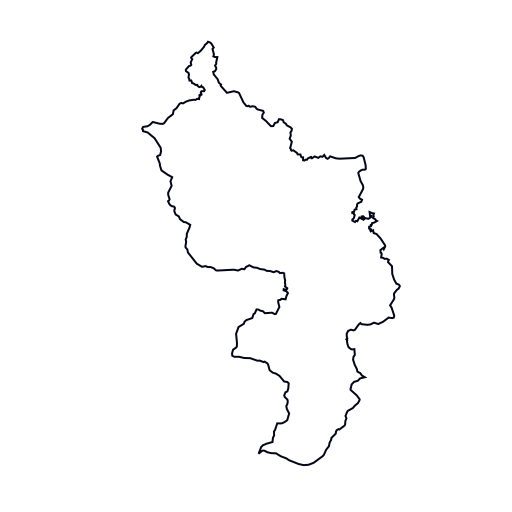 Dong Hy, Thái Nguyên, Vietnam (Mercator projection), rotated 200°
{"feature_id": "81297802B71869801036686", "entity_name": "Dong Hy", "entity_type": "district", "adm_level": 2, "iso_a3": "VNM", "parent_name": "Vietnam", "parent_adm1": "Thái Nguyên", "projection": "mercator", "projection_center": [105.922, 21.685], "detail": "fine", "context": "isolated", "style": "outline", "palette": "ink", "viewbox_px": 512, "rotation_deg": 200, "n_neighbors": 0, "source": "geoboundaries", "source_scale": "gbopen_adm2", "svg_char_len": 6141}
<svg xmlns="http://www.w3.org/2000/svg" viewBox="0 0 512 512"><g transform="rotate(200 256 256)"><path d="M118.3,121.5L114.8,126.9L114.6,127.9L115.6,131.7L115.5,134.4L117.2,136.3L117.0,141.2L116.4,142.3L113.0,146.2L111.8,149.4L109.9,152.6L109.4,155.8L109.6,156.8L113.5,159.4L121.2,162.5L121.6,163.0L122.2,168.0L120.8,171.3L117.7,173.5L116.3,176.6L112.3,179.3L115.5,179.9L118.0,181.6L121.1,182.0L122.8,184.5L126.0,187.5L129.3,191.7L129.9,194.7L129.3,196.9L131.7,202.1L133.7,201.1L135.1,201.0L137.9,202.0L139.8,204.3L141.5,207.2L141.5,208.2L142.6,208.7L142.0,209.8L143.3,211.6L144.2,214.1L143.8,217.0L143.2,217.7L141.6,219.2L138.8,219.5L137.8,220.5L136.1,226.6L135.0,228.7L133.6,228.0L127.9,229.4L125.1,230.8L122.3,233.7L117.8,233.9L114.1,237.7L110.3,243.5L106.8,244.2L105.5,245.1L105.5,246.4L105.9,247.5L110.9,253.8L113.1,255.5L111.5,262.9L111.8,264.3L113.3,267.2L113.4,268.2L112.1,272.3L110.8,274.2L110.5,276.7L111.1,277.5L112.1,278.0L114.6,278.0L118.2,281.1L121.8,285.7L124.7,292.9L129.8,295.4L130.1,296.6L129.8,297.7L132.1,298.2L134.2,297.3L135.7,297.7L137.9,297.4L138.5,300.6L139.1,301.6L140.1,301.8L141.1,304.1L139.1,307.2L138.2,306.2L137.8,309.0L138.4,310.2L144.8,315.0L150.3,317.9L153.3,317.8L154.7,320.2L156.6,318.4L157.3,319.2L156.8,319.8L156.9,320.4L159.1,320.5L159.7,322.2L158.2,323.2L158.1,323.7L158.7,324.5L157.9,325.1L158.1,326.7L156.6,327.6L154.3,330.3L155.6,330.5L156.4,331.3L158.9,331.7L159.4,332.2L158.9,333.4L159.7,334.4L159.7,336.3L161.5,336.0L164.3,336.2L162.5,332.6L161.5,333.1L161.3,332.7L161.4,331.6L163.1,329.4L166.8,328.9L168.7,330.0L169.2,329.9L170.3,329.2L170.1,328.1L167.0,327.5L167.4,326.8L172.0,327.5L172.7,323.3L174.0,323.3L174.6,321.8L177.6,322.2L177.9,323.3L177.0,324.9L177.2,328.2L178.3,328.7L178.9,329.8L180.2,329.3L180.5,329.9L180.5,330.3L179.0,331.0L179.2,333.3L177.6,334.3L178.3,335.7L178.0,337.0L178.6,338.9L178.5,340.1L175.6,343.0L175.6,345.2L177.9,345.4L179.6,346.5L178.3,355.5L178.7,357.3L179.8,359.1L183.3,362.1L188.3,369.0L188.0,370.5L186.3,372.8L185.1,373.7L183.2,374.3L182.6,375.4L184.1,378.9L188.6,385.6L190.1,386.7L191.9,386.4L193.9,384.9L195.8,382.6L196.9,381.8L210.5,376.1L214.2,375.1L220.4,375.0L221.1,373.0L222.0,371.8L223.8,372.1L226.4,374.3L227.4,372.0L229.6,371.6L231.1,369.5L235.0,369.6L236.8,367.0L237.3,366.8L238.1,367.9L238.6,367.6L240.7,365.3L241.0,363.9L242.3,363.5L243.3,362.2L244.5,362.1L245.5,364.8L246.5,364.4L247.4,364.6L249.0,366.6L251.6,365.7L252.6,366.8L257.1,368.1L258.6,367.1L259.1,367.3L260.2,368.8L260.8,369.0L261.4,375.6L264.5,377.7L264.5,381.1L265.9,383.9L265.4,385.6L265.8,387.9L267.6,388.7L271.6,389.3L273.4,390.6L275.7,391.1L277.1,392.9L279.6,392.9L281.2,392.4L281.4,389.1L283.7,387.5L284.2,384.0L286.4,383.1L292.6,386.2L297.5,387.9L298.3,391.0L297.7,393.4L298.9,394.8L304.7,394.3L305.7,394.5L307.7,395.9L308.7,395.9L310.5,395.5L312.6,394.2L314.2,394.7L314.8,394.0L316.4,393.7L320.4,396.1L327.6,403.3L328.8,403.6L333.1,403.3L339.1,399.4L347.1,403.7L347.6,404.2L347.5,405.2L350.0,406.0L352.6,409.1L357.7,412.1L359.2,414.4L357.8,415.6L357.3,417.9L357.7,419.2L359.6,420.9L359.1,423.0L359.6,424.2L360.4,429.7L362.7,428.9L364.3,429.0L364.5,431.1L367.7,435.7L367.0,437.4L370.7,440.4L372.2,440.9L374.4,440.9L374.9,439.0L376.1,437.1L376.5,434.4L378.2,429.8L380.0,426.7L381.5,426.8L382.1,426.2L384.8,420.7L384.8,420.1L383.2,419.2L383.6,415.6L382.2,413.5L382.6,412.5L383.9,411.6L385.5,407.7L385.6,406.7L384.9,405.7L382.1,405.0L381.1,403.8L380.5,400.5L379.5,399.8L378.5,398.1L376.9,398.8L375.1,396.6L373.8,396.8L371.3,396.1L369.7,396.7L369.1,395.9L367.1,395.3L366.0,396.0L365.5,397.1L365.0,396.4L363.4,396.5L360.9,394.4L361.2,393.1L363.4,392.3L363.8,391.7L363.8,390.9L362.4,389.0L363.0,388.2L363.4,389.0L364.2,387.7L363.4,386.3L363.6,384.9L363.2,384.0L365.1,383.5L366.2,382.0L367.8,381.6L372.0,379.3L374.5,377.2L376.8,374.4L378.5,374.3L379.9,372.9L381.3,367.6L383.2,364.7L382.6,360.8L385.9,355.7L387.8,349.3L388.8,348.3L391.4,347.4L398.9,346.6L400.4,343.2L402.2,340.9L406.2,338.7L406.5,336.6L405.4,335.9L404.9,334.7L400.0,335.0L391.6,332.0L382.6,325.1L381.0,321.9L380.6,318.2L382.5,316.5L382.9,315.5L378.1,310.1L377.1,308.0L374.1,304.1L367.0,302.2L361.7,301.4L361.9,297.0L359.3,293.1L360.2,285.4L359.4,283.4L356.6,279.8L356.7,278.5L357.4,277.4L355.3,275.3L354.0,274.5L352.1,274.0L350.1,274.4L348.9,273.8L348.4,272.8L348.5,271.4L348.0,270.1L345.7,267.5L342.1,266.8L339.9,264.6L335.4,263.2L333.6,263.7L328.5,262.8L328.2,259.8L328.6,253.3L327.6,250.2L327.7,247.4L326.5,245.5L325.6,240.8L325.0,239.9L322.8,238.7L321.1,236.0L309.0,228.5L303.0,227.4L299.8,229.3L297.7,229.1L294.7,230.1L291.5,230.0L288.9,228.9L287.6,229.0L272.0,235.6L267.9,236.2L265.0,239.1L262.4,239.6L261.6,242.3L259.1,245.0L254.6,244.4L250.8,245.3L247.9,245.1L243.3,246.1L240.9,245.7L237.6,246.7L233.9,246.8L231.7,248.8L229.2,248.9L227.7,248.1L225.0,249.4L223.6,249.3L221.9,245.5L220.3,243.2L219.9,241.3L218.5,238.7L218.4,237.3L215.6,236.4L215.6,235.5L216.1,234.9L217.1,234.3L218.6,234.3L218.3,233.2L215.5,233.3L213.3,232.1L213.7,228.6L213.4,225.4L217.4,224.5L218.1,223.1L219.9,222.1L219.5,220.4L216.6,216.1L217.5,208.4L218.5,207.8L221.6,208.2L228.1,205.3L230.8,206.5L233.1,206.1L235.3,206.5L237.2,206.0L237.5,201.7L238.4,200.7L238.3,196.4L243.1,192.5L244.3,190.3L244.2,188.2L248.1,183.3L248.1,176.1L244.1,167.7L243.0,164.3L243.5,163.0L245.5,160.1L245.2,156.2L244.1,154.1L241.8,153.9L237.5,155.5L232.3,156.1L226.5,158.0L219.0,158.1L216.6,159.0L212.7,158.9L211.8,159.7L208.6,159.0L207.4,158.0L204.4,153.7L203.7,153.2L200.3,152.1L197.0,152.3L193.0,151.4L186.6,147.7L183.5,148.3L181.7,147.5L180.4,142.7L180.2,139.5L181.7,138.0L181.8,134.6L180.7,133.3L177.5,131.9L176.4,130.2L175.9,127.6L176.2,125.3L174.6,122.7L171.0,119.4L170.5,112.4L172.5,109.5L174.8,107.4L178.8,106.0L178.6,99.0L179.1,97.3L177.6,93.6L177.9,91.1L176.9,86.8L181.8,83.3L184.8,80.5L185.8,78.2L185.9,71.1L183.8,74.8L182.8,75.6L181.4,75.9L177.9,75.5L174.1,76.0L169.7,77.4L164.2,76.3L158.1,76.2L155.2,75.4L144.9,75.1L139.6,75.8L135.2,77.8L131.1,81.4L124.8,90.8L124.2,92.5L123.8,98.0L122.4,102.2L123.0,105.8L122.5,108.9L122.9,110.9L120.3,116.4L120.8,118.3L120.6,119.9L119.3,121.5L118.3,121.5Z" fill="none" stroke="#020617" stroke-width="2"/></g></svg>